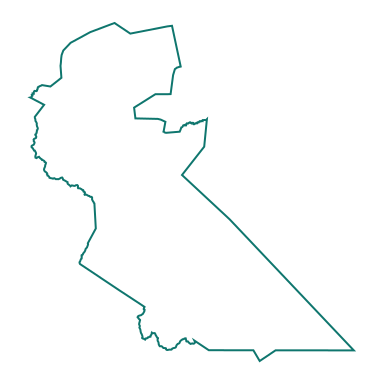 Bulolo District, Morobe, Papua New Guinea
{"feature_id": "67681753B86108611128530", "entity_name": "Bulolo District", "entity_type": "district", "adm_level": 2, "iso_a3": "PNG", "parent_name": "Papua New Guinea", "parent_adm1": "Morobe", "projection": "albers", "projection_center": [146.652, -7.383], "detail": "fine", "context": "isolated", "style": "outline", "palette": "teal", "viewbox_px": 384, "rotation_deg": 0, "n_neighbors": 0, "source": "geoboundaries", "source_scale": "gbopen_adm2", "svg_char_len": 5791}
<svg xmlns="http://www.w3.org/2000/svg" viewBox="0 0 384 384"><path d="M353.8,350.4L229.7,219.4L182.0,175.0L204.2,146.7L206.9,119.2L206.0,120.1L204.4,120.0L203.1,120.1L202.8,120.8L202.4,120.4L201.7,121.2L200.9,121.4L200.8,121.1L200.3,121.2L199.7,121.2L199.6,121.7L199.1,121.9L198.8,122.3L198.4,122.1L198.0,122.2L197.5,122.3L197.3,123.3L197.0,123.4L196.3,123.1L195.8,123.4L195.5,123.3L194.6,124.0L194.0,124.3L193.6,124.2L193.8,123.8L193.8,123.5L193.3,122.9L191.9,122.8L191.4,123.4L191.1,123.2L190.5,122.9L190.2,122.3L189.8,122.3L189.3,122.8L188.9,122.8L188.5,123.1L187.9,123.3L187.8,123.6L186.8,123.4L186.4,124.0L186.2,124.9L185.9,124.7L185.6,125.4L185.1,125.4L185.0,125.1L184.5,125.3L184.3,125.0L183.2,125.4L182.7,126.5L182.4,126.9L181.6,127.5L181.3,127.5L180.5,129.8L179.7,131.7L166.3,132.8L165.9,132.8L165.2,132.6L164.5,132.4L164.0,131.7L163.9,131.7L163.5,131.6L163.7,131.0L165.4,121.8L160.7,119.6L157.8,118.9L135.4,118.4L134.1,107.6L155.4,94.2L167.4,94.2L170.6,94.1L173.1,75.1L174.9,69.1L176.1,68.3L176.9,67.6L177.6,67.5L178.4,67.1L179.1,67.0L179.7,66.6L180.4,66.7L180.7,66.6L172.0,25.8L167.3,26.4L130.3,33.6L114.5,23.0L90.3,32.1L70.6,42.8L63.3,50.5L61.6,55.1L61.2,58.3L60.9,62.6L60.6,65.2L60.5,65.7L61.4,77.8L50.4,86.5L42.0,85.1L41.2,85.6L40.1,86.0L39.5,86.3L38.9,86.8L38.4,86.8L37.8,87.4L37.7,88.8L37.3,89.2L37.3,89.7L37.0,90.0L37.0,90.7L36.5,91.1L35.9,91.2L35.5,91.0L34.5,90.9L34.0,91.6L33.6,92.6L33.8,93.0L33.0,93.4L33.1,93.6L32.6,93.5L32.6,94.0L32.0,94.6L32.5,94.9L32.5,95.4L31.9,95.4L31.9,95.9L31.7,97.0L30.6,97.4L30.2,97.5L44.1,104.8L34.8,116.9L34.9,118.1L35.3,119.0L35.4,120.0L35.5,121.0L36.3,122.2L36.8,123.4L36.7,124.6L37.0,126.3L37.6,127.6L37.8,128.5L37.5,129.6L37.3,130.0L36.9,130.2L36.9,131.0L36.8,132.0L36.5,132.3L36.6,132.9L35.9,134.2L35.3,134.5L35.3,134.9L35.9,135.7L36.3,136.8L36.0,137.9L35.1,138.4L34.1,138.9L33.6,139.6L33.8,140.5L33.8,141.4L34.3,141.8L34.6,142.7L34.2,143.8L33.7,144.7L32.6,145.3L31.7,145.8L31.5,146.8L31.7,147.4L32.6,148.0L33.1,148.9L33.4,149.3L34.1,150.6L34.8,150.6L35.3,151.5L35.8,152.4L36.1,153.5L35.9,154.4L35.5,155.5L35.3,156.7L35.5,157.7L36.6,158.1L37.1,157.5L38.1,157.1L39.0,156.8L39.7,157.8L40.2,158.1L40.7,158.7L41.7,159.2L41.9,159.9L42.8,160.1L43.7,160.6L44.3,161.0L44.6,162.0L45.4,162.2L46.0,162.9L45.5,164.6L45.2,165.1L45.1,166.5L44.5,167.8L44.0,169.2L44.2,170.4L44.8,171.4L45.9,172.1L46.3,172.4L46.9,173.0L46.9,174.0L47.4,174.2L47.4,174.8L47.4,175.5L48.4,176.0L49.3,177.0L49.5,177.8L51.0,178.2L52.3,178.4L53.0,178.7L54.1,178.2L54.5,178.3L55.7,179.1L57.2,179.1L58.4,179.2L59.8,178.6L60.7,177.9L62.1,177.5L62.7,178.2L63.1,179.7L64.9,180.6L66.4,181.5L67.6,182.2L67.5,183.1L67.8,183.9L69.1,184.9L69.9,185.5L70.4,186.1L70.5,186.3L71.8,185.4L72.9,185.6L74.2,185.9L75.0,185.8L76.0,185.2L77.3,185.1L77.9,185.7L78.0,186.7L77.9,187.5L78.1,188.2L80.1,188.4L80.7,188.8L81.6,189.2L82.3,190.0L83.2,190.1L83.5,190.6L83.4,191.1L83.4,191.5L83.8,191.8L84.6,192.0L84.9,192.4L84.9,193.1L84.8,193.9L84.5,194.4L84.7,194.8L85.5,194.7L86.6,194.7L87.4,195.3L87.9,195.5L88.4,195.9L89.4,196.0L89.8,196.4L90.3,196.9L91.6,196.9L92.1,197.5L92.1,198.6L92.1,199.6L92.4,200.1L93.0,201.3L93.7,202.2L93.8,202.8L94.4,203.4L95.8,228.5L87.8,243.3L88.1,244.2L87.9,244.9L87.6,245.8L87.3,246.5L87.0,247.4L86.2,248.3L85.6,249.0L85.4,249.8L85.2,250.6L84.8,251.3L84.5,251.9L83.9,252.5L83.6,253.0L83.1,253.5L83.0,254.1L82.5,254.9L81.7,255.1L81.5,256.0L81.8,256.6L81.7,257.3L81.7,257.8L81.5,258.1L81.6,258.6L80.9,259.2L80.5,260.2L80.1,261.4L79.5,262.2L79.7,263.4L80.1,264.1L119.3,290.3L135.6,301.0L144.5,306.9L144.4,307.1L144.3,307.5L144.0,307.8L143.8,308.6L143.7,309.0L143.8,309.4L144.4,309.5L144.6,309.7L144.5,310.4L144.4,311.1L144.2,311.6L143.6,312.6L142.9,313.9L142.2,314.3L141.5,314.9L141.1,315.2L140.4,315.3L139.5,315.6L138.5,315.9L138.2,316.2L137.9,316.5L137.6,317.1L137.6,317.4L138.5,318.1L138.8,318.8L140.0,319.8L140.1,320.1L140.0,320.5L139.7,321.2L139.7,321.9L139.4,322.5L139.3,323.1L139.1,324.0L139.2,324.7L139.5,325.2L139.8,325.8L139.8,326.3L139.6,327.0L139.4,327.7L139.9,328.5L140.2,329.2L140.4,329.9L140.5,330.5L140.6,331.4L140.9,332.6L141.1,333.2L141.7,334.1L141.8,334.6L142.1,335.2L142.4,336.1L142.5,336.9L142.4,337.4L142.1,337.8L142.1,338.0L142.7,338.5L143.9,338.7L144.2,339.1L144.7,339.3L145.1,339.6L145.9,338.4L146.1,338.3L146.7,338.4L147.2,338.2L147.7,337.8L147.9,337.4L148.2,337.4L148.5,337.4L149.0,337.0L149.3,336.8L149.7,336.8L150.5,336.7L150.6,336.1L150.6,335.5L151.1,335.1L151.3,334.6L151.5,334.4L151.7,333.9L151.7,333.4L151.7,332.9L151.8,332.7L152.0,333.0L152.3,333.1L153.1,333.1L153.9,333.2L154.7,333.1L155.1,333.8L155.5,334.3L155.6,334.8L155.8,335.4L156.2,335.8L156.4,336.2L156.7,336.8L157.3,337.7L157.8,337.9L158.0,338.1L158.0,338.4L157.6,339.1L157.6,339.5L157.6,340.4L157.7,340.9L158.2,341.7L158.5,342.4L158.6,343.1L158.8,344.6L159.2,345.3L159.7,346.2L159.9,346.3L160.9,346.2L161.4,346.2L162.0,346.5L162.4,346.9L162.9,347.5L163.4,348.0L164.1,348.0L164.7,348.1L165.4,348.1L165.8,348.2L166.0,348.5L165.9,349.0L166.1,349.3L166.5,349.8L167.2,350.0L168.1,349.9L168.7,349.7L169.7,349.6L170.2,349.6L171.0,349.7L171.6,349.5L171.8,349.3L172.1,348.7L172.7,348.4L173.5,348.1L174.5,347.9L175.4,347.6L175.7,347.4L176.0,346.8L176.5,345.3L177.7,343.9L178.2,343.8L178.7,343.5L179.3,343.2L179.6,342.7L179.8,342.2L180.0,341.6L180.3,341.1L181.0,340.4L181.6,340.1L182.0,339.7L182.5,339.3L182.9,339.2L183.6,339.2L184.1,338.9L184.3,338.6L185.2,338.3L185.7,338.3L185.8,338.7L185.8,339.2L186.0,339.6L186.1,340.0L186.3,340.6L186.3,341.2L186.4,341.4L186.7,341.5L187.4,341.4L188.0,341.5L188.2,341.8L188.7,342.5L189.1,342.8L189.6,343.3L189.9,343.4L190.4,343.8L190.5,343.9L192.4,343.4L193.1,343.7L193.8,343.7L194.6,343.1L195.0,342.5L194.8,341.8L194.6,341.0L194.4,340.6L208.8,350.2L253.4,350.3L259.7,361.0L275.6,350.3L353.8,350.4Z" fill="none" stroke="#0f766e" stroke-width="2"/></svg>